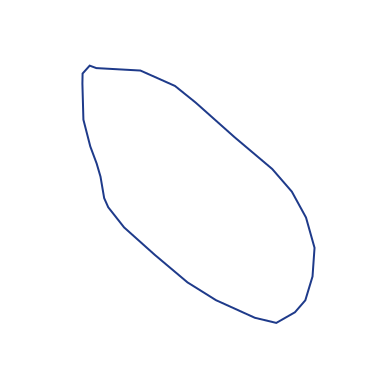 outline of Piherech, Federated States of Micronesia, rotated 21°
{"feature_id": "79324940B4028665083072", "entity_name": "Piherech", "entity_type": "district", "adm_level": 2, "iso_a3": "FSM", "parent_name": "Federated States of Micronesia", "parent_adm1": "", "projection": "mercator", "projection_center": [150.419, 8.57], "detail": "fine", "context": "isolated", "style": "outline", "palette": "blue", "viewbox_px": 384, "rotation_deg": 21, "n_neighbors": 0, "source": "geoboundaries", "source_scale": "gbopen_adm2", "svg_char_len": 492}
<svg xmlns="http://www.w3.org/2000/svg" viewBox="0 0 384 384"><g transform="rotate(21 192 192)"><path d="M258.7,141.8L212.1,125.6L163.3,107.2L138.1,99.1L100.3,97.1L58.3,110.6L51.2,110.7L47.4,120.6L50.8,130.0L64.7,163.4L80.7,185.9L92.8,199.6L101.1,210.5L112.2,229.2L119.3,236.3L141.3,249.4L179.7,264.0L220.2,278.0L253.1,284.4L295.8,286.9L317.6,284.0L331.2,267.4L336.6,252.5L334.8,227.7L326.4,200.2L307.6,175.0L285.1,155.9L258.7,141.8Z" fill="none" stroke="#1e3a8a" stroke-width="2"/></g></svg>